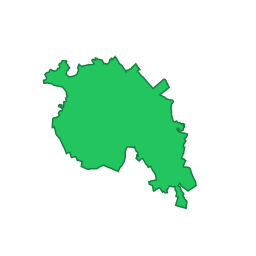 Voivodeni, Mures, Romania, rotated 223°
{"feature_id": "2599482B38443104780555", "entity_name": "Voivodeni", "entity_type": "district", "adm_level": 2, "iso_a3": "ROU", "parent_name": "Romania", "parent_adm1": "Mures", "projection": "natural_earth1", "projection_center": [24.606, 46.712], "detail": "fine", "context": "isolated", "style": "filled", "palette": "green", "viewbox_px": 256, "rotation_deg": 223, "n_neighbors": 0, "source": "geoboundaries", "source_scale": "gbopen_adm2", "svg_char_len": 5841}
<svg xmlns="http://www.w3.org/2000/svg" viewBox="0 0 256 256"><g transform="rotate(223 128 128)"><path d="M166.1,180.3L166.1,179.2L166.0,178.7L166.2,178.2L166.2,176.7L166.5,175.7L166.4,174.6L166.0,174.0L166.0,173.7L166.9,172.3L167.0,172.0L167.0,171.7L166.8,171.5L166.9,170.9L167.9,169.9L168.2,169.3L168.2,168.8L167.8,167.8L175.1,169.5L178.0,169.3L179.0,169.4L181.6,170.4L186.1,171.5L186.1,169.8L186.2,167.4L187.4,167.8L187.6,167.8L187.6,166.9L187.9,165.5L187.8,165.0L187.3,164.7L186.9,164.4L186.4,162.5L186.6,161.2L187.0,160.3L188.8,159.5L189.0,159.3L189.1,158.6L193.4,159.9L195.4,158.7L196.3,157.8L198.1,157.8L198.1,157.2L199.0,157.1L199.6,157.0L199.7,156.8L198.8,156.3L198.5,155.2L198.8,154.9L200.3,154.5L200.7,153.9L200.5,152.9L196.5,151.8L196.7,151.2L197.9,149.4L200.2,147.1L204.1,141.3L207.3,141.2L206.7,139.7L206.7,139.3L206.3,138.6L205.8,137.8L205.0,137.2L204.2,137.0L203.5,136.3L203.2,135.7L202.2,133.2L202.2,131.4L202.5,130.2L204.5,127.0L205.0,126.3L206.2,125.2L209.1,125.0L209.6,125.2L210.4,125.8L211.6,127.8L211.8,128.7L211.4,129.1L211.7,130.6L211.6,132.1L214.1,132.5L214.9,132.9L218.0,133.5L218.3,135.0L218.9,135.0L219.1,134.4L219.8,134.2L221.6,132.8L221.9,132.4L221.9,132.1L221.3,130.2L221.3,129.8L221.9,128.7L221.9,128.3L221.8,127.3L221.7,127.1L221.4,127.0L220.6,126.9L220.0,126.7L219.5,126.3L219.4,125.7L219.3,124.9L219.4,124.5L219.9,123.6L219.9,123.3L219.4,122.0L219.8,120.6L220.1,120.0L220.7,119.5L222.1,118.9L222.6,118.5L224.2,118.1L224.5,118.0L224.6,117.8L224.6,117.2L224.1,115.7L224.0,115.0L224.1,114.7L224.6,113.9L225.2,112.8L225.3,111.5L225.3,110.9L225.1,110.2L223.0,109.8L222.2,109.5L221.7,109.1L221.4,108.7L221.1,107.7L221.1,106.8L222.4,105.3L220.0,103.3L219.2,104.1L218.6,105.0L217.7,106.1L216.6,106.5L214.2,108.3L213.4,108.5L211.4,108.7L204.7,112.8L203.4,113.3L202.6,113.1L198.9,112.7L198.1,112.5L197.5,112.1L196.8,111.6L195.8,110.4L194.3,110.1L193.8,109.6L194.1,108.6L194.1,108.1L193.9,107.5L193.5,106.9L191.7,105.7L191.5,105.4L191.4,104.9L191.4,104.6L191.7,104.3L192.8,103.6L192.8,103.4L192.8,103.2L191.6,102.3L190.6,100.8L189.4,99.6L189.3,99.4L189.4,99.1L189.6,98.8L190.5,98.7L191.5,98.9L191.6,99.0L191.9,99.7L192.0,99.7L192.4,99.7L194.0,98.5L194.1,98.0L194.0,97.5L193.6,96.6L193.2,96.3L192.8,96.4L192.6,96.7L192.4,97.1L191.9,97.3L189.2,97.1L188.7,96.9L188.4,96.5L188.1,95.5L188.0,95.2L188.4,94.8L189.0,94.7L189.3,94.5L189.4,93.7L189.3,92.6L188.9,91.5L188.5,90.9L187.5,91.0L187.1,90.8L186.9,90.2L186.7,89.3L186.9,88.9L186.8,88.4L186.9,88.1L187.6,87.2L187.9,86.7L187.6,86.4L187.7,86.0L188.0,85.6L188.8,85.2L189.2,84.7L189.3,83.6L189.2,83.3L183.7,76.6L182.8,77.5L182.9,78.5L179.7,76.9L178.7,76.0L176.8,74.6L174.9,74.1L170.9,73.8L170.0,73.5L163.7,70.8L160.3,69.7L155.5,67.2L155.3,68.4L154.0,70.5L149.3,67.8L146.5,71.6L142.9,69.7L142.3,70.5L138.6,72.1L136.0,68.0L131.8,69.4L129.4,70.3L128.1,71.6L127.2,73.2L125.4,74.6L124.2,76.0L123.4,76.7L122.8,77.4L122.0,81.2L120.8,83.5L120.1,84.3L118.1,84.9L116.4,85.5L113.8,86.6L108.5,88.4L105.5,89.7L106.1,90.0L106.1,90.5L106.0,91.0L107.0,94.2L106.9,94.6L107.0,97.3L107.7,99.2L107.8,100.0L108.4,101.9L109.5,103.5L109.8,104.3L110.6,105.3L111.5,106.3L112.6,107.6L113.5,108.3L114.0,108.8L114.4,109.5L115.4,112.4L115.6,113.9L114.5,114.7L113.9,115.0L113.1,115.9L112.7,116.3L110.4,117.6L110.3,117.8L110.5,118.5L109.5,118.2L106.3,116.7L106.0,116.6L105.5,116.6L104.5,117.0L103.5,116.3L102.3,115.1L101.3,114.3L101.5,114.2L102.0,114.1L102.5,114.2L103.1,114.5L103.2,114.4L102.7,113.7L102.1,113.2L101.6,112.1L101.5,111.7L101.4,111.3L97.3,111.5L97.3,114.0L97.1,114.8L96.3,115.7L89.7,113.7L88.5,113.8L86.3,113.1L85.7,114.5L85.4,115.4L84.1,114.9L83.6,114.8L83.1,114.5L81.9,114.2L80.9,113.7L80.0,113.5L79.2,113.5L76.4,112.7L74.3,111.4L71.9,109.2L75.3,104.6L75.4,104.0L75.1,103.6L76.1,103.0L74.4,101.5L74.1,101.3L71.6,102.4L71.0,102.4L70.4,102.3L70.1,102.1L68.2,100.6L66.6,99.6L66.6,99.4L66.1,99.5L65.8,99.9L65.6,101.9L65.3,102.6L64.5,105.8L62.8,105.6L59.1,104.7L58.8,106.0L57.3,105.7L56.6,105.9L55.6,107.1L55.1,107.5L56.9,108.9L57.5,109.1L57.6,109.4L57.2,109.5L57.4,110.2L58.2,113.8L55.7,115.1L53.5,117.1L51.4,115.0L50.6,114.7L49.6,114.7L49.0,114.4L48.2,113.7L47.7,113.1L46.3,110.7L44.3,111.7L42.0,107.2L41.2,105.4L40.4,104.0L38.4,104.9L30.7,108.9L31.2,109.6L31.6,109.7L34.8,114.5L37.8,114.7L42.1,116.1L42.0,117.6L43.9,118.2L46.4,118.7L50.0,120.4L50.5,120.5L51.9,119.7L52.0,119.9L52.4,122.9L50.3,122.2L49.2,122.0L47.6,122.1L44.1,122.6L41.2,122.8L39.6,128.9L38.9,132.5L39.7,132.8L40.9,134.0L42.7,135.0L47.3,136.6L51.4,138.7L54.8,140.6L55.3,140.7L55.7,140.8L57.1,140.4L60.6,137.6L61.0,137.4L62.2,139.2L63.4,142.7L63.6,143.6L66.3,143.3L66.4,142.8L68.2,142.5L69.1,144.2L70.5,148.2L71.2,148.8L73.2,152.4L73.4,152.6L74.6,151.8L76.4,154.6L76.1,155.2L76.6,156.4L76.8,158.0L79.7,158.7L79.1,160.5L79.1,161.4L79.8,163.3L80.4,164.0L81.0,163.9L82.5,163.2L83.8,162.2L85.3,161.2L86.8,160.7L88.7,160.0L89.2,159.9L90.0,160.0L90.8,160.3L91.7,160.9L91.8,161.1L90.9,162.3L89.5,161.4L88.8,161.8L87.5,161.8L87.1,162.1L87.0,162.7L86.3,163.5L86.4,164.7L87.0,165.3L87.4,165.3L87.5,166.2L87.3,166.8L87.4,167.5L87.8,167.6L89.2,167.6L89.6,167.8L89.6,168.1L88.9,168.4L88.7,168.6L88.8,168.9L90.0,169.1L90.7,169.0L91.8,167.4L92.1,167.3L93.6,167.3L93.7,167.0L94.0,166.6L94.5,166.6L94.8,166.3L95.5,166.0L97.2,166.2L97.4,165.7L97.6,164.8L98.1,164.5L98.4,164.2L99.0,163.9L100.0,164.1L101.2,164.7L102.0,165.3L102.4,165.6L102.5,165.9L102.7,166.0L103.4,166.1L104.5,166.8L105.7,167.9L107.5,169.8L109.5,171.3L110.2,172.0L110.9,173.1L112.5,175.1L112.5,177.0L112.7,178.2L114.2,178.7L114.9,178.4L117.1,176.9L118.9,175.8L119.8,175.6L122.5,175.5L124.5,174.8L127.5,174.0L127.2,175.2L126.3,180.6L125.5,185.7L133.4,188.8L135.1,188.1L136.5,173.9L146.1,174.8L151.8,175.5L155.0,175.2L157.0,175.8L159.2,175.8L159.6,175.9L159.9,177.1L159.2,178.8L161.2,179.2L161.3,179.0L166.1,180.3Z" fill="#22c55e" stroke="#15803d" stroke-width="1.5"/></g></svg>